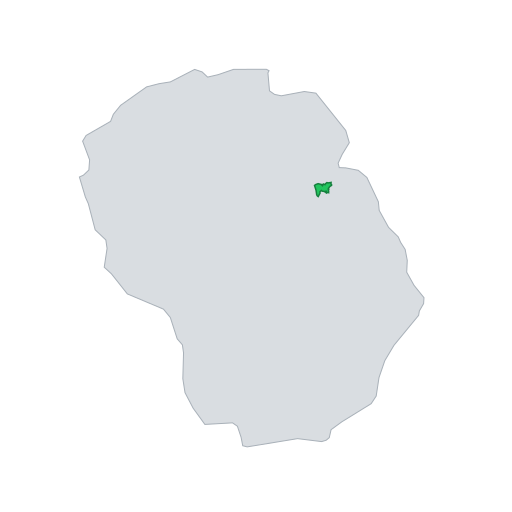 location of Karposh, Karpoš, North Macedonia, rotated 77°
{"feature_id": "65306769B48294308075018", "entity_name": "Karposh", "entity_type": "district", "adm_level": 2, "iso_a3": "MKD", "parent_name": "North Macedonia", "parent_adm1": "Karpoš", "projection": "mercator", "projection_center": [21.399, 42.004], "detail": "fine", "context": "in_parent", "style": "filled", "palette": "green", "viewbox_px": 512, "rotation_deg": 77, "n_neighbors": 0, "source": "geoboundaries", "source_scale": "gbopen_adm2", "svg_char_len": 1645}
<svg xmlns="http://www.w3.org/2000/svg" viewBox="0 0 512 512"><g transform="rotate(77 256 256)"><path d="M230.8,124.6L239.3,125.7L257.9,120.4L269.4,113.1L275.3,112.0L283.1,109.2L294.3,109.6L305.7,112.8L320.2,108.6L334.4,101.7L340.1,103.4L346.3,109.2L350.4,110.9L374.0,141.6L386.9,154.0L402.1,163.5L419.5,170.4L425.8,177.0L436.8,209.5L442.1,221.9L449.5,225.5L451.3,229.1L451.6,233.8L443.3,256.6L440.0,307.5L437.9,311.6L429.2,311.3L417.7,312.4L413.3,316.4L408.6,343.7L390.1,351.5L373.2,355.9L359.1,354.9L334.1,348.4L326.0,347.7L319.0,351.4L296.7,353.3L287.0,358.1L264.0,389.9L240.8,400.9L232.8,406.4L215.1,399.4L206.6,398.7L194.3,406.8L167.3,407.6L160.1,409.0L139.3,410.3L138.4,405.9L134.6,399.5L124.9,396.5L105.1,399.1L100.3,394.4L92.1,367.4L85.8,363.1L78.7,354.0L66.6,324.5L66.3,311.6L67.1,300.3L60.4,273.8L64.5,267.1L70.8,262.9L70.8,252.2L69.1,235.9L76.4,203.9L78.4,201.6L80.3,203.2L98.1,205.7L102.7,201.6L105.6,195.3L106.6,171.9L110.8,161.0L153.9,140.3L166.6,139.6L176.3,149.1L184.0,155.1L188.6,155.0L190.3,148.8L195.5,137.1L204.4,130.3L230.6,124.6L230.8,124.6Z" fill="#d9dde1" stroke="#a8b0b8" stroke-width="1"/><path d="M204.2,166.5L203.4,166.3L202.5,166.8L201.2,166.3L201.0,169.4L200.4,170.4L201.4,172.3L202.0,172.7L201.0,174.2L202.5,175.4L201.4,176.2L201.1,176.0L199.5,179.2L199.8,181.7L200.4,183.1L205.5,182.7L210.0,183.1L211.3,182.7L212.1,182.0L210.0,180.2L209.2,179.5L207.8,179.3L206.8,177.6L207.7,177.0L208.6,174.5L208.8,174.7L209.6,173.8L208.1,172.7L210.0,173.2L210.5,173.2L210.2,171.5L210.6,171.0L209.2,170.6L207.3,170.6L207.2,170.0L206.3,170.2L204.8,168.3L204.2,166.5Z" fill="#22c55e" stroke="#15803d" stroke-width="1.5"/></g></svg>